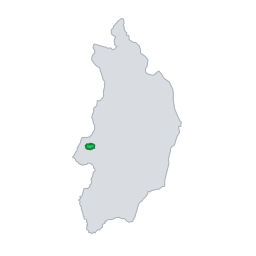 Chandmani-O'ndor, Hövsgöl, Mongolia shown in context, rotated 275°
{"feature_id": "93677404B22883692380177", "entity_name": "Chandmani-O'ndor", "entity_type": "district", "adm_level": 2, "iso_a3": "MNG", "parent_name": "Mongolia", "parent_adm1": "Hövsgöl", "projection": "orthographic", "projection_center": [100.637, 50.505], "detail": "fine", "context": "in_parent", "style": "filled", "palette": "green", "viewbox_px": 256, "rotation_deg": 275, "n_neighbors": 0, "source": "geoboundaries", "source_scale": "gbopen_adm2", "svg_char_len": 4547}
<svg xmlns="http://www.w3.org/2000/svg" viewBox="0 0 256 256"><g transform="rotate(275 128 128)"><path d="M20.5,98.0L21.3,98.1L22.6,97.4L22.9,96.2L23.4,95.5L26.3,95.6L27.5,96.2L27.9,95.5L28.1,95.4L28.7,96.2L29.4,96.0L29.9,95.8L30.5,94.9L31.4,95.2L33.3,94.4L33.5,92.5L34.2,92.1L35.7,92.0L36.0,91.2L36.4,91.0L37.5,90.9L39.5,90.2L40.4,90.2L41.2,89.5L43.0,88.6L45.6,88.4L45.8,87.8L48.3,86.4L50.8,86.6L51.6,85.2L52.0,85.1L53.6,87.0L54.3,86.9L54.6,86.2L55.7,86.3L56.0,87.6L56.5,88.2L63.8,89.4L64.0,89.9L64.2,92.8L65.4,94.3L65.7,95.0L67.8,94.9L68.9,96.1L70.7,96.2L71.5,96.6L73.3,95.6L73.7,95.7L74.2,96.2L75.1,95.9L76.7,97.0L77.9,96.9L78.5,97.3L79.3,97.0L81.1,97.4L82.4,99.0L83.4,99.0L84.7,98.0L85.0,97.3L86.7,97.0L87.7,96.4L88.4,95.7L89.4,93.5L89.7,91.2L88.9,90.8L88.1,90.0L87.8,88.7L87.7,87.8L87.0,86.5L87.1,85.8L87.6,84.7L87.9,82.8L88.5,81.8L89.7,81.3L89.8,80.5L90.6,79.1L92.4,78.4L93.4,76.8L94.1,75.2L94.9,76.0L97.2,77.2L99.2,77.8L100.4,79.0L103.9,79.3L109.6,82.0L110.8,81.9L114.3,83.0L114.6,83.4L114.6,85.5L114.9,86.0L115.0,88.3L115.7,89.4L115.6,90.7L115.9,91.2L116.8,91.3L118.2,92.7L121.3,93.6L122.3,94.5L124.4,95.0L125.5,94.6L127.3,94.7L128.0,94.5L129.0,93.4L129.7,93.1L133.8,92.0L134.8,91.2L135.6,91.0L138.8,91.5L141.1,92.4L144.2,92.0L145.8,93.1L146.6,94.1L147.9,95.0L152.4,95.0L152.6,95.2L152.7,97.6L153.0,98.0L156.1,100.3L157.5,100.9L161.6,100.3L168.1,101.2L169.5,100.5L171.0,101.1L171.5,101.0L175.3,98.3L175.9,98.3L180.0,96.8L182.5,95.3L184.5,95.1L186.0,93.9L186.4,92.0L188.6,89.4L192.7,85.9L195.6,85.8L197.4,86.4L199.5,87.9L200.6,88.3L202.5,88.1L204.8,86.2L206.3,86.2L207.6,86.5L208.7,87.3L206.6,98.0L206.7,98.6L205.7,100.9L206.2,104.2L204.7,105.7L205.3,107.5L205.8,108.1L208.0,109.6L208.6,109.2L209.0,108.4L209.9,107.5L211.8,107.2L213.3,106.6L215.5,106.8L217.6,107.9L219.6,103.9L222.0,102.9L224.4,102.8L226.6,104.6L228.9,105.1L229.7,106.2L230.7,106.5L231.1,107.1L234.2,109.0L235.1,110.5L236.2,111.5L236.4,112.7L236.4,113.4L235.5,114.3L231.8,114.9L229.5,114.3L228.8,115.2L226.0,115.6L224.5,116.5L223.6,117.2L223.1,118.2L222.7,118.5L222.2,118.5L221.2,118.1L220.5,118.3L220.3,118.5L220.3,120.6L217.9,121.2L217.0,121.1L215.2,122.5L215.1,123.4L214.2,124.8L213.7,127.0L214.0,127.9L213.8,128.5L212.3,130.0L210.8,132.1L207.4,133.5L205.7,133.9L204.4,133.8L203.2,134.3L202.6,136.3L200.6,139.1L197.5,142.0L191.1,141.6L190.3,141.4L188.8,140.2L185.2,140.7L184.3,141.8L183.5,143.4L182.6,148.2L184.4,150.6L186.3,152.1L187.1,153.2L187.3,154.2L186.2,154.9L184.8,156.8L181.1,158.9L177.3,165.2L169.9,169.5L165.1,170.3L161.2,170.4L150.9,172.9L144.3,176.4L139.4,179.3L138.4,180.6L137.9,180.8L136.9,180.4L134.2,180.4L134.1,178.2L128.2,179.7L123.3,177.4L116.4,176.0L115.0,175.5L112.6,172.6L111.3,172.3L108.3,172.2L100.0,170.9L96.2,171.9L79.4,169.2L73.2,169.6L73.0,169.3L72.7,167.4L70.0,164.5L69.6,163.8L69.6,162.7L67.6,156.8L66.2,155.8L66.5,153.4L64.4,153.4L62.0,152.3L59.6,150.4L58.5,149.1L56.8,148.6L54.8,146.1L53.9,145.6L48.8,144.2L46.2,144.1L43.4,143.2L40.3,142.8L39.3,142.2L38.4,142.1L36.7,140.9L35.4,140.9L34.3,137.4L34.9,135.4L35.7,134.3L37.3,132.6L37.4,131.9L37.0,130.2L38.2,127.3L38.1,125.4L37.6,123.3L36.6,122.6L35.4,119.6L35.2,117.3L34.8,115.7L33.4,114.6L33.1,113.2L32.6,113.0L32.3,113.4L31.3,113.5L30.5,112.5L30.1,111.5L29.6,111.1L28.6,111.0L27.7,111.3L26.7,111.0L26.0,110.0L23.9,108.3L24.0,107.3L23.8,106.6L23.2,106.3L22.6,105.5L20.5,104.3L20.6,103.8L21.3,102.8L20.0,101.7L19.6,100.7L20.6,99.7L20.4,98.8L20.5,98.0Z" fill="#d9dde1" stroke="#a8b0b8" stroke-width="1"/><path d="M105.1,96.2L105.4,96.1L106.1,96.1L106.3,96.0L107.9,96.2L108.4,95.4L108.7,95.1L108.6,94.4L109.1,94.0L109.1,93.4L109.2,92.7L108.3,93.0L108.2,92.4L108.6,92.1L108.7,91.9L108.5,91.7L108.6,91.4L108.7,91.2L108.4,91.2L108.4,90.9L108.5,90.9L108.4,90.7L108.4,90.8L108.4,90.7L108.2,90.6L107.9,90.5L108.5,89.8L108.4,89.4L108.4,88.6L108.2,88.2L107.5,88.0L106.9,87.2L106.3,87.3L105.9,87.6L106.0,88.1L105.3,87.9L104.6,87.8L104.4,87.9L104.3,88.0L104.2,88.0L104.0,88.3L104.0,88.5L103.9,88.7L104.0,88.7L104.0,88.8L104.2,88.7L104.3,88.7L104.2,88.8L104.3,88.8L104.2,88.9L104.1,89.0L103.9,89.2L103.7,89.3L103.6,89.5L103.6,89.8L103.7,90.0L103.5,90.3L103.6,90.5L103.8,90.5L103.7,90.5L103.7,90.4L103.6,90.2L103.7,90.3L103.8,90.3L104.0,90.3L104.0,90.5L103.9,90.6L103.9,90.8L104.0,90.8L103.9,90.8L103.7,90.8L103.6,91.0L103.8,91.0L103.7,91.0L103.8,91.0L103.7,91.2L103.5,91.3L103.4,91.3L103.4,91.5L103.4,91.8L103.4,92.0L103.3,92.3L103.7,92.5L104.1,93.0L103.9,93.3L103.7,93.8L104.9,93.9L104.9,94.3L104.9,94.5L105.0,94.7L104.9,95.6L105.1,96.2Z" fill="#22c55e" stroke="#15803d" stroke-width="1.5"/></g></svg>